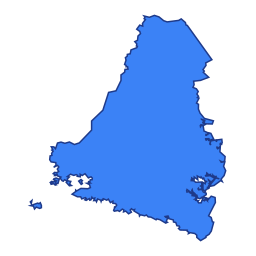 outline of Soná, Veraguas, Panama
{"feature_id": "35544464B54310039107980", "entity_name": "Soná", "entity_type": "district", "adm_level": 2, "iso_a3": "PAN", "parent_name": "Panama", "parent_adm1": "Veraguas", "projection": "mercator", "projection_center": [-81.367, 7.878], "detail": "fine", "context": "isolated", "style": "filled", "palette": "blue", "viewbox_px": 256, "rotation_deg": 0, "n_neighbors": 0, "source": "geoboundaries", "source_scale": "gbopen_adm2", "svg_char_len": 5928}
<svg xmlns="http://www.w3.org/2000/svg" viewBox="0 0 256 256"><path d="M69.4,142.0L64.9,143.3L61.0,142.1L57.5,143.0L55.5,148.7L53.9,146.9L51.3,146.8L52.7,149.6L51.8,150.1L53.1,151.2L51.6,153.4L51.9,155.4L50.1,155.9L49.7,159.7L51.1,161.9L55.8,162.6L56.0,165.1L53.7,167.3L57.5,165.4L58.8,167.0L57.3,169.1L58.7,171.5L56.9,172.6L54.5,172.4L53.2,173.7L55.0,174.6L54.5,175.6L55.9,175.6L57.0,174.1L57.7,176.0L60.9,177.1L60.0,178.0L62.1,180.7L63.3,181.2L64.6,179.7L67.2,181.2L66.2,182.3L69.4,185.8L71.4,185.5L69.6,184.2L70.8,181.4L67.8,180.8L67.3,179.0L69.3,177.0L67.3,176.6L70.5,174.2L73.8,175.4L76.1,174.6L77.5,175.3L77.2,176.3L80.3,176.8L80.2,174.3L82.2,175.5L85.0,173.7L88.4,177.9L91.0,176.8L92.3,178.1L92.1,179.7L90.3,179.8L89.8,181.8L88.0,181.5L90.3,183.0L86.9,183.3L89.5,184.6L90.4,187.6L87.8,188.7L80.9,188.4L76.7,190.9L75.7,190.1L75.7,191.5L72.1,194.2L77.5,196.8L80.7,196.8L81.7,198.9L85.4,197.6L86.3,198.5L84.8,199.8L86.1,200.4L89.3,198.6L89.8,200.2L91.0,199.8L91.9,197.2L92.8,198.5L94.7,198.1L93.7,200.6L95.8,200.4L96.5,201.8L97.6,199.0L100.7,200.2L101.1,201.5L101.6,200.1L103.4,200.4L102.5,199.7L103.2,198.7L106.8,200.2L108.3,199.1L110.4,202.6L112.9,201.2L112.9,203.3L115.6,203.6L116.7,205.1L115.4,207.0L114.0,206.8L114.8,207.4L113.6,210.3L114.3,211.2L117.8,210.5L119.5,211.4L122.3,209.1L123.8,209.8L123.5,211.9L125.7,211.1L128.6,213.8L131.4,212.2L130.2,210.0L131.5,208.7L132.8,209.9L134.6,209.5L134.0,211.0L139.2,214.1L139.5,216.0L140.5,214.8L144.7,215.8L146.4,215.0L148.2,216.9L150.9,217.1L156.1,219.8L156.8,218.9L160.0,219.7L165.7,223.1L167.4,222.3L166.2,221.6L167.9,217.3L165.6,217.2L165.1,216.5L168.1,216.0L168.8,217.7L167.8,218.4L173.3,219.9L173.5,222.0L175.8,222.5L176.9,225.7L179.3,226.1L179.7,227.4L178.5,228.5L180.1,230.0L187.3,230.2L187.3,231.4L188.8,232.1L188.4,233.6L190.4,232.7L194.8,233.5L196.8,235.2L196.8,237.4L200.6,240.6L206.0,237.4L205.9,236.3L209.1,234.3L211.3,231.1L213.7,222.2L212.4,221.8L211.2,217.5L208.6,215.8L215.4,202.5L215.1,197.5L211.2,196.2L208.1,199.7L208.2,198.4L206.2,198.5L206.2,199.2L207.0,199.8L207.2,200.6L206.1,199.5L203.8,201.1L206.1,197.8L204.4,197.4L202.4,198.6L203.0,200.3L202.0,200.3L201.2,202.8L198.7,202.9L197.7,201.6L198.5,200.7L195.8,200.3L196.4,199.2L195.0,199.1L196.1,198.4L195.6,196.2L192.1,195.6L192.6,194.3L189.5,192.5L189.1,191.4L187.0,192.1L186.6,190.7L187.0,189.5L194.4,195.0L194.0,193.0L192.2,191.9L191.8,190.5L192.2,189.7L192.8,191.9L195.0,193.6L194.7,194.4L196.9,195.2L197.5,197.8L199.9,198.8L201.5,197.7L200.8,197.2L202.0,197.5L206.2,194.7L206.2,193.2L203.3,192.0L201.8,189.4L198.6,189.8L198.1,189.1L198.1,188.5L198.4,188.2L198.8,189.6L201.9,189.0L201.7,186.3L199.8,186.0L201.8,185.8L201.7,182.0L195.7,182.3L193.8,180.8L191.2,180.6L191.6,179.3L190.7,179.0L192.2,179.5L191.9,178.1L194.1,179.6L194.2,177.0L197.8,179.8L197.3,176.0L200.7,177.8L201.1,176.9L202.8,179.0L203.7,178.1L204.7,180.8L207.3,181.7L205.3,181.8L205.2,183.7L202.9,182.4L203.0,189.5L205.3,191.4L206.2,189.4L208.0,188.7L207.8,187.8L207.3,187.2L207.2,186.7L208.2,188.6L209.3,187.9L208.6,185.9L210.0,183.4L209.3,183.2L210.8,182.3L209.8,181.8L208.4,180.0L208.4,179.7L211.1,182.1L215.0,178.5L210.1,175.7L205.8,176.1L205.5,175.6L205.4,174.9L205.9,175.9L207.2,175.4L206.6,174.4L207.6,175.3L208.7,175.3L208.0,175.0L207.6,173.8L206.7,173.8L206.8,173.0L207.8,173.8L208.1,174.9L210.5,174.4L210.3,175.3L213.1,176.5L213.0,175.3L214.2,176.7L214.0,175.7L214.9,177.0L216.6,176.0L215.7,177.0L215.7,177.6L219.4,178.9L215.8,178.0L210.8,184.0L210.2,186.3L214.0,185.5L220.7,180.6L222.2,181.5L221.1,179.1L224.1,175.6L225.7,170.7L223.6,166.3L224.9,161.8L224.3,161.6L222.2,162.2L221.4,162.1L221.5,162.8L220.5,161.1L222.3,162.0L224.7,161.0L225.1,156.5L219.9,151.8L220.3,146.9L217.7,148.8L217.1,148.2L216.7,146.5L217.9,148.5L220.1,146.4L220.8,144.7L219.6,143.9L221.0,144.1L219.9,142.9L221.1,143.9L222.2,142.9L221.8,139.3L217.1,139.9L216.3,141.9L216.3,139.9L210.8,140.9L210.0,143.9L211.1,144.7L210.1,144.4L209.8,143.7L210.6,140.7L208.7,140.4L208.8,139.0L206.2,139.8L206.2,140.0L206.4,140.4L206.4,140.7L206.0,139.8L207.3,138.9L204.9,138.8L208.8,138.6L209.1,139.0L209.1,140.3L213.7,139.1L210.9,133.4L208.1,132.6L208.8,132.9L208.8,133.5L207.9,133.5L207.8,134.5L206.1,134.6L206.3,135.3L205.9,135.3L205.9,134.4L207.7,134.4L207.8,133.3L208.7,133.1L204.0,131.0L203.2,126.0L201.0,124.8L200.5,125.3L200.8,126.3L200.5,126.7L200.3,125.5L201.0,124.7L203.8,125.3L206.4,123.9L204.7,124.1L203.1,123.1L202.8,122.5L203.1,122.2L204.0,122.4L203.4,121.6L203.4,121.2L204.7,120.6L203.8,120.7L201.4,119.3L201.4,119.2L204.8,120.4L204.7,121.0L203.6,121.5L204.2,122.2L204.1,122.7L203.0,122.6L204.9,123.8L212.3,124.0L213.4,120.8L204.4,118.4L200.1,113.2L198.4,109.1L198.5,104.3L196.5,103.1L199.0,98.1L197.4,97.6L198.5,96.3L196.9,94.0L198.2,91.5L196.4,88.8L193.0,87.4L194.1,84.7L193.6,81.2L200.5,80.4L208.7,77.3L203.3,72.3L204.3,71.1L203.0,69.6L206.0,65.4L205.7,62.9L211.9,59.7L187.3,25.4L186.0,25.0L185.4,22.5L181.2,18.9L178.7,20.4L167.1,21.9L163.7,20.7L159.0,16.9L154.4,15.4L149.4,17.3L144.1,16.0L145.0,17.1L144.1,18.7L145.4,19.5L142.5,23.4L142.7,26.1L139.7,25.1L136.7,29.2L139.8,31.4L140.5,33.6L138.0,36.0L137.5,40.3L134.8,41.6L136.8,43.9L136.4,46.0L137.4,46.3L136.8,47.7L131.0,49.9L130.2,53.8L127.3,54.4L127.2,56.3L125.4,57.6L126.0,60.2L124.6,64.5L126.1,65.4L126.1,66.8L127.6,66.7L128.0,69.1L125.0,69.4L124.6,72.2L121.0,74.9L121.0,80.5L116.0,90.8L108.6,92.4L102.9,110.2L91.6,121.0L91.6,130.1L79.3,142.9L74.4,144.5L69.4,142.0ZM41.4,205.4L40.3,202.7L39.0,203.7L37.7,203.1L30.5,205.6L33.5,206.2L34.5,209.0L36.3,207.1L39.7,208.4L41.4,207.7L41.4,205.4ZM59.2,179.2L56.1,178.0L53.9,178.8L53.5,179.6L56.6,180.8L55.5,181.9L55.0,180.9L53.8,182.0L51.6,181.4L50.5,182.3L51.8,182.7L50.7,183.3L51.1,184.3L53.7,183.7L55.2,185.1L56.3,184.8L55.3,183.9L56.3,183.2L58.0,183.4L59.2,179.2ZM81.0,179.5L78.7,181.1L81.2,184.4L82.4,183.6L81.4,181.6L82.4,180.7L81.0,179.5ZM31.3,203.6L31.9,200.5L30.3,201.9L31.3,203.6Z" fill="#3b82f6" stroke="#1e3a8a" stroke-width="1.5"/></svg>